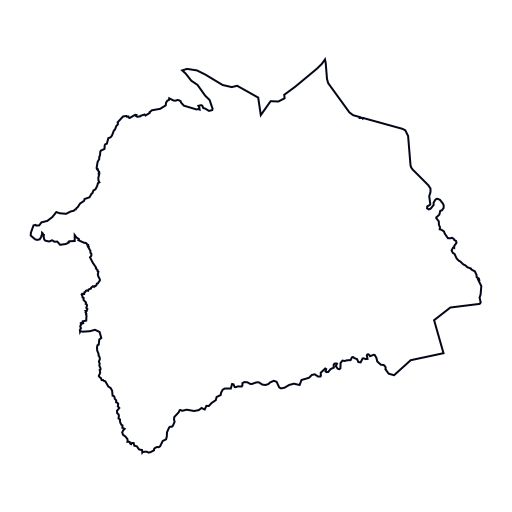 the district of San José Miahuatlán, Puebla, Mexico
{"feature_id": "50627088B64695964742161", "entity_name": "San José Miahuatlán", "entity_type": "district", "adm_level": 2, "iso_a3": "MEX", "parent_name": "Mexico", "parent_adm1": "Puebla", "projection": "mercator", "projection_center": [-97.317, 18.226], "detail": "fine", "context": "isolated", "style": "outline", "palette": "ink", "viewbox_px": 512, "rotation_deg": 0, "n_neighbors": 0, "source": "geoboundaries", "source_scale": "gbopen_adm2", "svg_char_len": 5932}
<svg xmlns="http://www.w3.org/2000/svg" viewBox="0 0 512 512"><path d="M479.6,303.9L480.7,302.6L479.6,297.6L480.6,294.5L481.3,286.1L478.2,279.8L479.2,279.8L478.8,278.5L476.7,277.2L476.5,274.9L474.9,271.4L471.2,269.4L471.0,268.6L467.3,267.2L465.4,265.4L463.3,264.4L460.3,261.5L459.0,260.9L456.7,258.6L454.5,253.9L452.8,252.9L451.6,250.4L453.1,247.6L453.6,247.3L454.2,247.7L454.2,246.0L456.5,242.8L456.0,240.9L454.3,240.0L453.7,238.9L452.1,237.8L450.2,238.3L447.9,238.2L444.7,233.5L444.0,231.5L441.5,229.8L439.7,229.3L440.0,227.3L438.9,224.7L438.8,221.4L436.2,218.0L436.3,217.4L439.3,214.7L440.3,210.8L441.9,210.4L443.6,208.0L443.7,205.4L442.8,203.4L439.9,199.8L437.8,198.9L436.4,198.9L435.1,200.1L433.6,202.7L433.6,205.0L430.6,208.7L428.8,209.4L427.1,208.4L427.2,206.5L430.1,204.7L430.3,204.1L429.2,196.3L430.5,192.0L430.5,188.6L428.4,185.3L412.5,169.4L411.2,167.5L410.5,165.2L408.1,136.0L405.3,130.3L402.3,128.8L363.2,118.0L362.8,118.6L362.2,117.9L359.5,118.0L359.2,117.4L359.6,117.0L353.1,115.2L349.4,112.4L328.2,83.2L327.0,79.0L325.7,63.1L325.0,59.4L321.9,63.8L316.8,68.8L295.1,86.8L284.2,94.8L284.6,98.3L278.4,101.5L270.6,101.2L260.8,115.1L258.2,97.6L237.2,85.8L231.7,87.1L222.6,85.0L205.2,74.5L196.9,70.4L187.1,68.9L182.2,70.4L185.7,73.6L191.3,80.7L197.5,84.9L205.1,95.6L209.6,100.0L212.6,108.8L212.2,110.1L209.0,110.9L205.4,108.7L203.2,108.0L202.3,105.7L201.1,105.2L198.4,105.8L199.4,107.8L199.6,109.6L198.4,109.1L196.4,109.4L183.9,105.7L181.0,102.5L180.7,101.3L179.3,100.4L177.6,100.0L175.3,100.7L173.5,100.5L169.2,98.3L168.9,100.0L167.3,100.7L166.0,102.8L165.7,105.4L160.2,108.8L151.9,110.3L149.6,112.2L149.7,112.9L145.5,115.5L144.6,114.5L140.6,115.8L140.4,116.3L137.3,116.8L136.0,116.0L136.4,115.0L135.1,114.8L129.7,118.0L128.7,117.6L128.4,116.5L126.9,116.7L126.5,116.0L123.1,116.4L117.6,122.4L118.0,123.6L117.7,124.6L116.3,126.0L115.0,129.5L113.9,130.5L112.0,135.5L110.6,137.3L108.3,138.2L106.9,143.6L105.3,144.3L104.7,145.3L104.5,148.9L100.8,150.7L100.3,151.7L100.0,155.3L99.2,157.1L99.3,158.9L97.6,161.9L96.6,168.0L97.0,169.2L97.7,169.0L98.2,170.8L99.1,171.7L98.7,173.3L99.3,173.2L99.3,173.9L98.3,177.9L98.5,180.7L99.4,182.3L97.9,183.2L97.2,185.9L95.4,189.4L93.5,190.4L92.3,193.3L91.5,193.8L89.5,197.3L84.6,199.0L84.1,200.8L80.0,203.6L77.7,207.2L76.5,208.1L75.8,209.4L75.0,209.5L73.7,210.8L70.9,211.4L66.1,213.8L59.9,213.3L56.3,212.1L52.4,217.0L47.3,220.9L41.4,222.4L39.2,225.4L36.2,225.6L35.6,224.9L33.5,225.4L30.9,232.7L30.7,235.5L35.2,239.4L37.4,239.9L39.7,239.3L41.4,236.6L41.5,235.4L42.1,234.6L42.1,232.8L42.7,233.3L42.9,234.4L43.9,234.9L43.6,236.3L44.3,239.6L45.4,240.7L49.1,241.5L52.1,240.3L54.4,241.7L57.3,241.6L60.1,244.8L65.8,244.0L68.7,242.6L68.5,241.9L69.1,241.3L74.7,241.0L74.7,235.1L76.5,237.5L78.9,239.1L78.4,240.2L84.4,242.9L85.7,242.9L86.6,243.5L87.0,244.6L88.2,244.9L88.2,246.2L88.8,246.7L88.7,247.1L88.2,247.1L90.4,250.8L90.4,252.7L91.4,253.9L91.3,255.8L90.0,257.3L92.7,262.6L96.0,267.5L95.9,268.4L97.6,270.2L97.5,271.0L98.4,271.7L97.8,274.3L98.4,276.6L99.8,279.2L99.9,280.4L97.7,283.5L96.8,283.7L96.4,285.2L95.3,286.2L94.5,286.1L94.0,286.9L92.8,286.3L91.2,287.6L91.0,288.5L88.6,289.5L88.1,290.8L86.8,290.4L85.9,290.8L85.3,291.9L84.4,292.3L84.2,294.0L82.1,293.8L81.6,294.5L82.4,296.0L82.5,297.4L83.6,297.9L83.5,299.9L86.0,302.5L85.7,303.9L86.8,304.6L87.0,305.7L86.3,307.9L87.4,309.0L86.8,310.5L85.7,310.9L86.4,311.4L85.6,312.5L86.4,313.9L86.0,314.4L86.5,315.7L86.2,320.6L82.8,321.3L83.2,323.2L82.1,323.5L81.2,322.8L80.7,323.2L81.1,324.8L80.3,325.8L80.4,327.1L81.0,328.1L79.9,329.9L80.1,331.9L80.5,331.2L82.8,331.7L89.9,331.2L95.0,329.8L99.6,332.0L101.3,338.0L99.3,339.5L98.7,344.6L97.5,345.2L97.0,347.3L97.2,350.6L98.5,353.7L98.6,355.7L99.2,356.2L99.8,358.2L99.8,359.4L98.9,361.5L99.7,363.9L99.3,365.5L100.5,368.4L100.5,369.5L99.7,369.9L100.2,372.7L98.8,376.0L99.7,377.3L100.8,377.9L101.7,380.1L103.0,380.0L103.7,380.8L105.3,381.3L108.3,386.5L110.7,388.1L112.1,390.7L112.6,395.7L113.6,395.9L114.4,396.9L114.8,398.9L116.2,400.3L116.1,402.3L117.3,402.7L118.2,403.8L117.8,406.3L119.3,408.0L117.0,410.8L117.1,413.0L118.6,414.5L118.9,416.0L118.5,418.4L120.0,419.4L119.9,420.9L120.5,423.2L121.4,424.8L122.5,425.4L122.3,427.7L124.6,428.9L123.2,430.3L122.2,432.4L123.1,434.9L125.4,436.5L127.3,438.9L127.7,440.5L127.4,441.8L129.6,441.9L130.3,443.7L131.1,444.2L132.0,442.9L133.7,443.1L134.3,445.7L136.8,446.3L139.1,449.5L142.0,450.0L142.3,452.6L142.8,452.0L144.8,451.7L147.1,451.8L148.5,452.6L150.4,452.2L154.0,450.3L154.1,448.9L155.1,447.9L157.0,447.0L158.7,447.2L160.1,446.3L162.7,441.0L166.1,439.3L166.8,436.5L167.0,432.3L169.1,427.5L170.1,426.7L171.7,426.8L172.9,425.7L174.6,421.8L174.0,419.5L174.3,417.0L178.7,412.3L179.7,410.2L180.5,410.0L182.3,410.8L186.7,409.7L194.2,411.0L198.8,410.1L201.5,408.0L204.7,409.5L206.4,405.9L208.8,406.0L211.6,403.0L215.8,400.1L216.6,397.0L220.7,395.0L221.1,392.7L222.7,389.7L224.8,388.5L230.8,388.5L232.1,384.0L233.5,384.3L234.7,387.1L235.6,387.2L237.9,386.4L241.7,386.5L242.4,385.5L242.4,383.2L244.2,382.1L247.4,382.3L250.2,383.9L251.8,384.0L256.3,382.4L258.8,382.3L262.3,384.6L265.4,385.0L268.3,384.1L270.2,382.4L273.8,380.8L276.6,381.8L279.2,387.4L281.0,388.4L284.5,387.7L289.3,384.9L293.9,383.7L299.6,385.0L301.5,380.0L309.0,377.8L311.8,375.0L314.7,374.3L318.0,376.5L320.4,376.5L320.9,375.8L320.7,372.8L325.2,368.5L326.2,369.1L325.5,371.5L326.4,372.1L328.2,372.0L330.6,369.1L333.8,367.6L333.6,364.9L334.4,363.7L336.2,363.4L337.0,363.7L335.8,366.2L337.8,368.8L339.4,369.2L340.4,368.3L340.6,362.9L342.5,360.6L344.7,361.0L346.9,360.3L350.6,360.1L351.9,357.4L352.9,357.0L354.4,358.1L357.0,359.1L358.4,362.1L360.6,362.4L362.6,358.5L363.7,358.3L365.7,359.1L367.5,358.9L366.8,355.4L367.4,354.4L368.1,354.3L368.9,354.6L370.0,356.2L373.7,354.8L374.7,355.0L376.4,357.9L377.3,361.5L380.8,364.7L383.7,365.0L385.3,366.6L385.7,368.1L385.4,369.2L388.7,373.7L394.1,375.2L410.7,360.2L443.5,353.2L434.1,320.2L450.4,307.5L479.6,303.9Z" fill="none" stroke="#020617" stroke-width="2"/></svg>